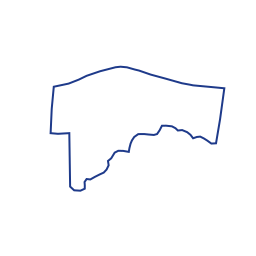 the district of Embakasi Central, Nairobi, Kenya, rotated 28°
{"feature_id": "3690345B7468433818255", "entity_name": "Embakasi Central", "entity_type": "district", "adm_level": 2, "iso_a3": "KEN", "parent_name": "Kenya", "parent_adm1": "Nairobi", "projection": "orthographic", "projection_center": [36.92, -1.27], "detail": "fine", "context": "isolated", "style": "outline", "palette": "blue", "viewbox_px": 256, "rotation_deg": 28, "n_neighbors": 0, "source": "geoboundaries", "source_scale": "gbopen_adm2", "svg_char_len": 953}
<svg xmlns="http://www.w3.org/2000/svg" viewBox="0 0 256 256"><g transform="rotate(28 128 128)"><path d="M205.2,77.1L194.4,47.7L188.6,50.1L181.4,53.1L165.4,59.8L162.3,60.7L154.5,63.2L138.3,66.7L122.9,70.2L110.8,72.1L106.5,73.2L98.6,74.9L92.6,77.4L88.5,80.2L76.7,91.0L67.0,101.3L61.9,108.3L54.7,116.7L43.1,126.4L51.7,147.0L62.1,168.9L68.9,166.0L78.6,160.1L104.4,206.9L109.7,208.3L115.4,205.7L118.3,201.9L116.7,198.8L115.0,196.1L115.4,192.5L118.9,191.1L121.7,186.7L125.1,181.9L127.5,178.8L128.6,174.7L128.4,170.0L125.8,166.5L127.4,162.7L127.8,156.0L130.1,152.7L134.4,150.5L139.9,148.7L138.7,145.1L137.6,140.6L137.3,137.1L137.7,133.0L139.9,128.6L145.0,125.8L149.2,124.1L154.1,122.0L156.5,119.7L157.0,115.1L156.9,110.1L160.5,108.1L166.0,105.9L170.0,105.9L173.2,106.8L176.8,104.4L182.2,103.9L186.4,104.7L190.3,106.5L193.0,103.6L195.8,101.7L199.9,101.6L203.8,101.9L208.9,102.6L212.9,100.2L205.2,77.1Z" fill="none" stroke="#1e3a8a" stroke-width="2"/></g></svg>